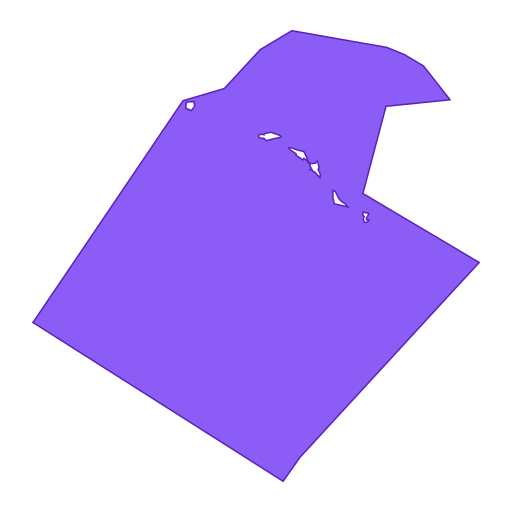 Zemam Out, Al Buhayrah, Egypt
{"feature_id": "37247803B42276960376835", "entity_name": "Zemam Out", "entity_type": "district", "adm_level": 2, "iso_a3": "EGY", "parent_name": "Egypt", "parent_adm1": "Al Buhayrah", "projection": "orthographic", "projection_center": [30.378, 30.239], "detail": "fine", "context": "isolated", "style": "filled", "palette": "violet", "viewbox_px": 512, "rotation_deg": 0, "n_neighbors": 0, "source": "geoboundaries", "source_scale": "gbopen_adm2", "svg_char_len": 1413}
<svg xmlns="http://www.w3.org/2000/svg" viewBox="0 0 512 512"><path d="M224.3,88.5L183.0,100.7L169.0,121.4L144.3,158.0L106.6,213.7L64.4,276.1L33.7,321.4L32.8,322.4L283.1,481.3L299.9,457.4L427.5,318.6L479.2,262.5L362.9,193.5L386.0,106.3L449.9,99.8L449.8,99.6L449.5,99.1L440.0,87.0L427.3,70.8L423.4,65.9L416.7,61.9L410.2,58.0L408.2,56.9L404.4,54.6L386.8,47.4L353.6,41.6L291.9,30.7L291.5,30.9L260.4,49.5L224.3,88.5L224.3,88.5ZM271.0,132.3L279.8,135.4L281.2,136.4L279.8,137.4L271.9,139.2L266.3,140.7L263.7,138.2L261.3,138.4L259.1,137.4L258.5,135.8L259.9,134.3L264.2,134.7L264.2,133.6L271.0,132.3ZM306.1,156.2L308.2,161.5L303.9,158.3L302.9,159.9L296.0,155.2L296.2,153.9L290.1,149.7L288.9,147.9L290.7,147.6L298.2,150.2L303.0,151.4L304.0,151.8L306.1,156.2ZM344.7,203.4L347.7,206.9L334.2,203.7L333.0,197.7L332.9,190.4L335.3,191.5L338.8,198.6L341.6,201.6L344.7,203.4ZM318.1,163.1L319.0,168.1L318.0,169.5L320.4,174.2L319.9,177.5L314.5,171.8L313.3,171.5L312.5,171.1L312.0,169.4L309.9,169.7L311.1,167.9L310.1,166.4L310.3,165.1L307.6,161.8L311.4,163.5L313.0,163.6L314.1,163.4L315.5,163.2L317.2,161.1L318.1,163.1ZM194.7,106.4L191.3,110.5L185.7,108.2L186.2,103.6L186.2,102.5L187.2,102.0L193.9,101.6L194.7,106.4ZM366.3,218.3L366.6,220.0L368.9,220.0L368.0,221.6L366.4,222.4L365.4,222.3L364.2,222.0L363.3,219.0L364.2,216.5L362.7,215.1L363.4,212.1L369.0,213.5L366.3,218.3Z" fill="#8b5cf6" stroke="#5b21b6" stroke-width="1.5"/></svg>